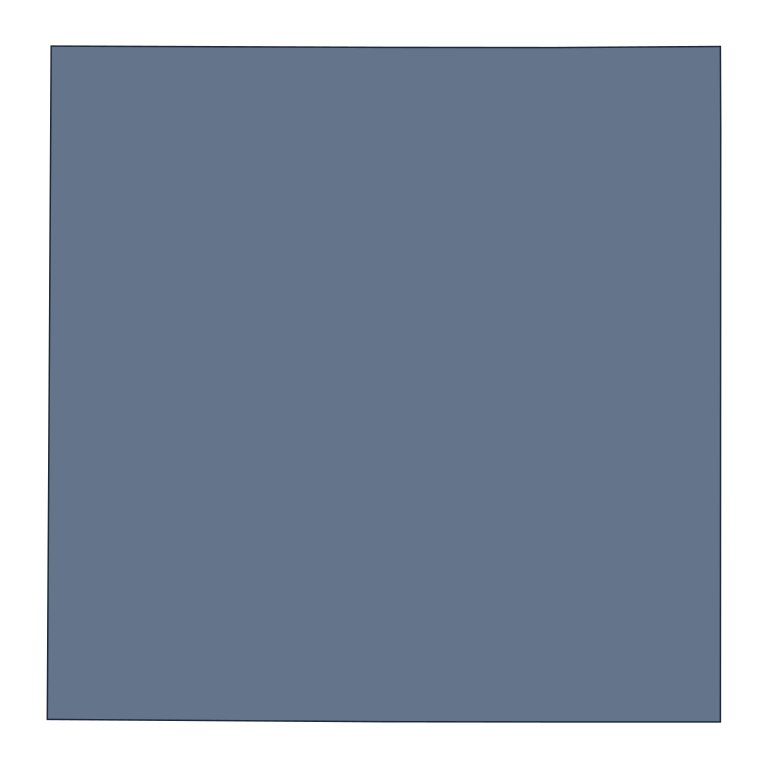 outline of Cerro Gordo, Iowa, United States of America
{"feature_id": "52423323B72245679426009", "entity_name": "Cerro Gordo", "entity_type": "district", "adm_level": 2, "iso_a3": "USA", "parent_name": "United States of America", "parent_adm1": "Iowa", "projection": "orthographic", "projection_center": [-93.19, 43.082], "detail": "fine", "context": "isolated", "style": "filled", "palette": "slate", "viewbox_px": 768, "rotation_deg": 0, "n_neighbors": 0, "source": "geoboundaries", "source_scale": "gbopen_adm2", "svg_char_len": 245}
<svg xmlns="http://www.w3.org/2000/svg" viewBox="0 0 768 768"><path d="M720.4,46.5L554.5,47.6L386.5,47.4L51.2,46.1L47.3,719.4L383.8,721.7L552.6,721.9L720.4,721.9L720.7,129.4L720.4,46.5Z" fill="#64748b" stroke="#1e293b" stroke-width="1.5"/></svg>